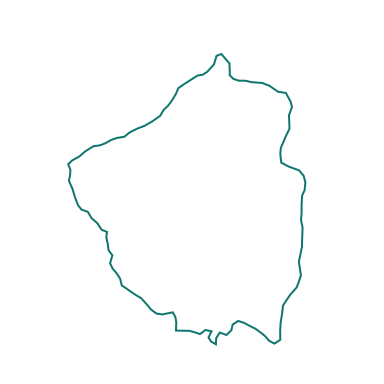 the district of Sebastianópolis do Sul, São Paulo, Brazil, rotated 195°
{"feature_id": "56859067B57428988015722", "entity_name": "Sebastianópolis do Sul", "entity_type": "district", "adm_level": 2, "iso_a3": "BRA", "parent_name": "Brazil", "parent_adm1": "São Paulo", "projection": "robinson", "projection_center": [-49.915, -20.635], "detail": "fine", "context": "isolated", "style": "outline", "palette": "teal", "viewbox_px": 384, "rotation_deg": 195, "n_neighbors": 0, "source": "geoboundaries", "source_scale": "gbopen_adm2", "svg_char_len": 1631}
<svg xmlns="http://www.w3.org/2000/svg" viewBox="0 0 384 384"><g transform="rotate(195 192 192)"><path d="M165.5,55.5L158.7,57.2L152.4,57.2L147.5,56.8L143.3,62.2L137.1,62.5L138.4,55.8L134.9,52.5L129.5,51.1L130.8,57.2L128.8,63.4L121.7,62.8L118.2,68.7L118.4,74.5L114.0,79.4L107.5,79.0L102.0,77.7L94.9,76.2L88.3,73.6L83.9,71.6L78.9,68.2L73.1,66.9L68.5,72.1L70.8,80.3L72.5,88.3L73.6,98.8L74.7,105.8L73.1,110.8L70.5,118.2L66.2,126.9L65.5,133.9L65.2,139.7L70.7,152.2L71.6,167.5L73.3,174.5L76.0,186.3L79.4,193.0L80.7,200.0L83.0,208.7L84.7,217.0L83.7,222.8L84.9,230.4L88.3,236.5L94.1,240.6L105.3,241.6L113.4,243.5L116.6,251.7L117.6,257.5L115.8,270.2L114.2,278.4L118.2,291.2L117.4,300.0L120.2,304.9L127.0,312.0L134.6,311.1L139.9,312.9L144.5,314.6L152.4,315.5L163.2,313.5L169.3,313.3L175.7,311.6L181.3,312.0L185.8,314.6L187.3,320.2L189.1,325.8L199.3,332.9L203.5,329.9L203.8,321.0L208.3,312.2L211.9,308.1L216.7,306.0L223.3,298.8L227.6,294.1L232.1,288.8L232.9,282.7L235.2,274.8L237.5,269.0L240.5,264.3L242.5,257.3L248.9,249.7L255.0,243.6L261.1,239.2L267.7,233.4L271.7,227.8L278.5,224.8L283.6,221.3L288.4,216.6L292.8,213.4L299.3,210.5L305.6,203.7L310.2,197.0L315.9,191.5L318.8,186.8L315.3,182.2L314.1,176.8L313.8,171.0L308.0,163.7L303.3,156.1L298.6,149.7L294.2,146.4L287.6,145.9L282.3,140.8L275.3,137.3L269.5,132.1L263.8,131.5L263.0,126.0L260.1,120.4L257.5,114.1L252.5,110.2L252.7,102.0L248.9,97.5L244.3,94.4L239.1,89.8L235.7,83.6L230.4,81.8L225.6,80.0L220.0,78.1L213.5,76.2L206.4,71.6L201.0,67.8L194.9,65.4L188.8,66.1L184.3,68.4L179.4,70.8L175.7,66.9L173.4,61.9L171.6,54.0L165.5,55.5Z" fill="none" stroke="#0f766e" stroke-width="2"/></g></svg>